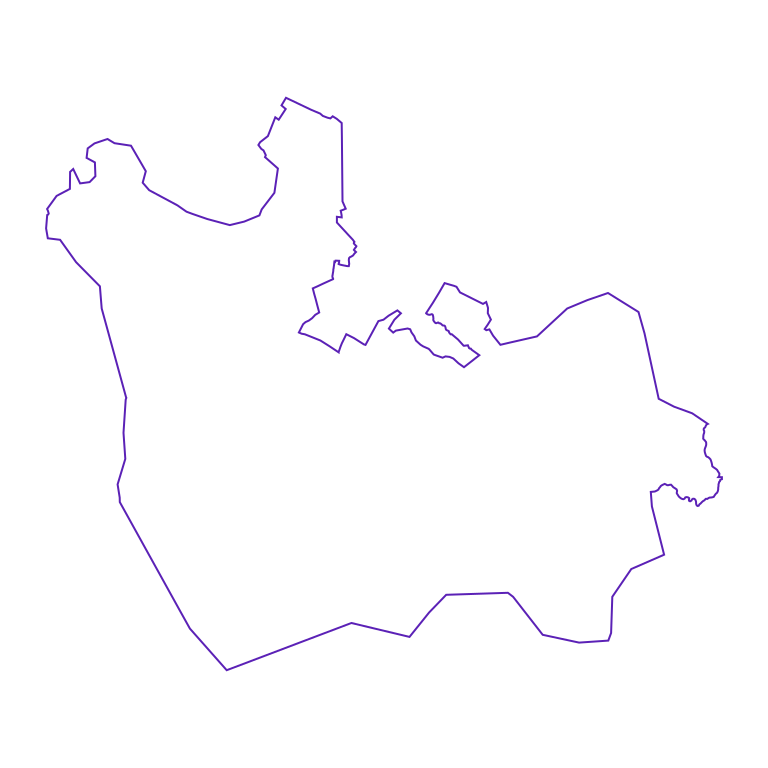 Konduga, Borno, Nigeria
{"feature_id": "59680162B88504568355174", "entity_name": "Konduga", "entity_type": "district", "adm_level": 2, "iso_a3": "NGA", "parent_name": "Nigeria", "parent_adm1": "Borno", "projection": "robinson", "projection_center": [13.263, 11.671], "detail": "fine", "context": "isolated", "style": "outline", "palette": "violet", "viewbox_px": 768, "rotation_deg": 0, "n_neighbors": 0, "source": "geoboundaries", "source_scale": "gbopen_adm2", "svg_char_len": 5289}
<svg xmlns="http://www.w3.org/2000/svg" viewBox="0 0 768 768"><path d="M409.5,636.9L429.1,612.5L446.2,594.8L507.9,592.8L513.1,596.8L542.7,634.8L579.1,642.6L608.3,640.6L611.1,633.0L612.3,596.8L631.3,569.0L664.1,554.7L651.9,506.4L650.8,491.9L654.9,491.5L657.0,490.5L658.4,489.6L659.0,488.3L660.0,487.2L660.8,486.0L662.3,485.0L663.4,484.5L664.7,483.9L666.0,484.5L667.2,485.2L668.3,485.2L669.7,484.8L671.0,484.7L672.1,485.8L673.3,487.2L675.2,488.4L676.6,489.4L677.1,490.9L676.8,492.4L676.8,493.4L677.8,494.9L678.8,496.5L680.0,497.6L681.2,498.5L682.3,499.0L683.4,499.2L684.5,498.7L685.3,497.4L686.4,497.1L687.9,497.3L689.1,498.1L689.2,498.9L688.9,500.0L689.1,500.8L690.1,501.3L691.4,500.6L692.1,499.3L693.1,498.7L694.5,498.9L695.5,500.0L696.0,501.5L696.1,502.9L696.1,503.8L696.4,504.7L696.8,505.5L697.7,506.0L698.7,505.7L699.5,504.3L700.6,503.5L701.7,502.3L702.9,501.2L704.4,500.3L705.3,499.3L705.9,498.8L707.3,498.9L708.8,497.9L709.9,497.5L711.1,497.5L712.3,497.3L713.7,496.9L714.5,495.6L715.8,493.8L717.1,492.7L717.8,491.2L718.2,489.4L718.2,487.8L718.5,486.0L718.5,484.4L719.3,481.7L719.9,481.3L720.3,479.9L720.9,479.6L721.3,479.4L721.9,479.2L721.9,477.2L718.3,477.1L719.2,475.9L719.4,473.6L718.3,471.9L717.6,470.8L717.1,469.9L715.9,468.9L714.6,468.0L713.4,467.2L712.3,466.3L712.0,464.4L711.7,463.0L711.2,461.3L710.5,459.4L709.3,458.1L708.2,457.2L706.9,456.7L706.1,456.0L705.6,454.7L705.2,453.5L704.8,452.1L704.6,450.6L704.7,449.3L705.2,447.8L705.8,446.3L706.2,444.9L706.2,442.9L706.0,442.0L705.3,441.1L704.8,440.4L703.5,439.2L703.2,438.5L703.3,437.5L703.3,436.4L703.4,435.4L703.6,434.3L704.1,433.0L704.2,432.1L704.2,430.9L703.7,430.0L703.7,429.1L703.9,428.4L705.2,427.3L705.8,425.8L706.7,424.4L707.8,423.9L692.2,413.3L674.1,406.7L658.7,398.8L644.5,333.3L638.5,312.0L636.6,310.8L608.0,293.0L587.4,300.1L567.2,308.5L554.4,320.3L537.0,336.4L509.8,342.6L500.4,344.8L493.1,335.7L489.4,329.4L486.3,330.2L484.7,329.0L487.7,324.7L490.9,319.6L487.8,313.2L488.0,308.0L487.6,306.5L486.2,302.0L483.0,303.9L460.0,292.4L456.5,286.8L453.9,285.8L450.4,284.8L444.6,283.1L439.0,292.8L435.7,298.2L432.9,302.8L429.3,308.3L427.5,311.1L426.1,313.2L426.1,313.3L427.4,314.3L428.6,314.7L429.8,314.8L431.7,314.2L432.4,314.4L432.8,314.9L433.2,316.5L433.4,318.5L433.4,319.0L433.3,319.4L433.3,319.7L433.3,320.1L433.6,320.8L434.0,321.3L434.3,321.8L435.0,322.5L435.4,323.0L436.1,323.2L437.1,322.9L437.3,322.8L437.5,322.7L438.1,322.5L438.5,322.6L439.2,323.3L440.4,323.4L440.9,323.8L441.4,324.2L441.8,324.6L442.2,325.0L442.6,325.4L443.2,325.5L444.0,325.5L444.5,325.7L445.0,326.1L445.5,327.4L445.6,328.1L445.7,328.6L445.9,329.3L446.1,329.6L446.2,329.8L446.5,330.0L447.2,330.4L448.2,330.8L448.6,331.1L448.8,331.2L448.9,331.7L449.1,332.5L449.5,333.0L450.6,334.3L451.7,334.2L458.0,339.5L463.5,345.6L463.9,345.8L467.9,345.3L468.4,346.7L468.8,347.2L469.0,348.0L469.9,348.6L470.8,348.6L471.3,349.2L471.6,349.7L479.3,355.2L464.0,367.2L458.5,363.3L453.3,358.5L449.6,356.9L445.5,356.4L442.6,357.7L434.9,355.0L433.7,354.5L429.4,349.5L428.6,348.8L423.2,346.4L420.5,344.7L415.9,340.5L414.3,336.3L411.5,332.4L410.2,329.3L407.6,328.5L395.9,330.6L393.2,332.6L388.9,328.6L394.4,319.7L400.9,313.3L397.4,310.4L388.6,315.7L383.5,319.7L378.4,321.1L365.5,344.9L363.9,344.4L354.0,338.1L346.3,334.2L343.3,340.4L341.9,343.2L340.5,346.7L338.6,352.2L338.6,352.3L329.6,346.3L320.4,340.5L304.9,334.3L301.6,333.7L298.9,332.5L303.1,324.2L305.5,322.1L308.8,320.6L312.1,318.2L315.3,314.8L319.2,312.5L317.2,305.0L315.7,299.2L314.2,293.9L312.8,288.4L317.3,286.4L323.0,283.7L332.0,279.6L332.6,279.4L333.1,279.1L333.1,278.5L332.9,278.1L332.7,277.7L332.5,277.3L332.4,276.7L332.4,276.4L332.4,276.0L332.5,275.3L332.6,275.2L332.7,274.4L332.9,273.1L333.1,272.1L333.3,270.7L333.3,269.9L333.4,269.0L333.6,268.4L333.7,267.4L333.9,266.0L334.0,265.5L334.1,264.5L334.2,263.6L334.3,262.5L334.4,261.7L335.1,262.0L335.5,260.7L337.2,260.7L339.2,260.8L339.1,262.2L338.6,264.0L339.2,264.3L340.4,264.7L342.1,265.1L343.6,265.4L345.1,265.7L345.3,265.7L345.6,265.8L346.2,265.9L346.5,266.0L347.4,266.1L348.8,266.1L349.2,263.9L348.8,260.1L349.0,258.2L350.0,257.1L351.2,256.6L353.0,255.5L354.5,253.5L356.0,252.0L354.7,250.8L353.9,249.9L355.1,248.0L355.9,247.2L356.4,246.2L354.1,243.8L353.8,243.3L353.9,242.9L354.0,242.3L354.4,241.9L352.8,239.7L348.5,235.1L336.9,222.5L336.9,216.8L341.7,217.4L341.6,215.2L341.2,213.0L340.7,210.7L342.9,209.9L345.7,208.7L342.5,201.4L341.9,137.4L341.7,123.0L336.7,118.8L332.7,116.3L330.4,118.4L327.5,117.7L322.8,115.9L320.2,113.6L311.2,109.8L286.0,97.8L281.5,105.4L285.7,109.0L278.7,119.7L275.3,117.3L267.9,136.1L260.1,142.2L258.4,145.0L261.3,148.9L263.5,150.4L265.8,155.2L265.0,157.1L277.9,168.5L274.4,192.8L261.7,209.4L259.4,215.4L244.2,221.6L229.8,225.1L223.1,223.3L207.2,219.0L192.7,214.0L186.5,211.7L177.5,205.4L149.2,190.2L142.7,182.7L145.8,171.2L131.0,145.7L114.5,143.2L107.5,139.0L94.5,143.4L87.7,148.4L86.6,157.9L94.9,162.4L95.4,176.2L89.6,182.1L80.1,183.4L73.2,169.0L70.1,171.9L69.9,188.9L56.6,195.9L47.1,209.0L47.9,210.7L48.7,213.5L48.2,214.5L47.2,215.0L46.1,228.4L47.8,238.3L60.1,239.8L76.1,262.2L99.9,286.3L100.9,298.8L101.7,308.5L126.2,397.8L126.3,397.9L125.7,399.6L123.5,432.8L125.3,458.9L117.6,484.4L119.7,497.6L119.8,502.1L179.7,610.3L189.9,628.6L226.7,670.2L351.4,623.0L409.5,636.9Z" fill="none" stroke="#5b21b6" stroke-width="2"/></svg>